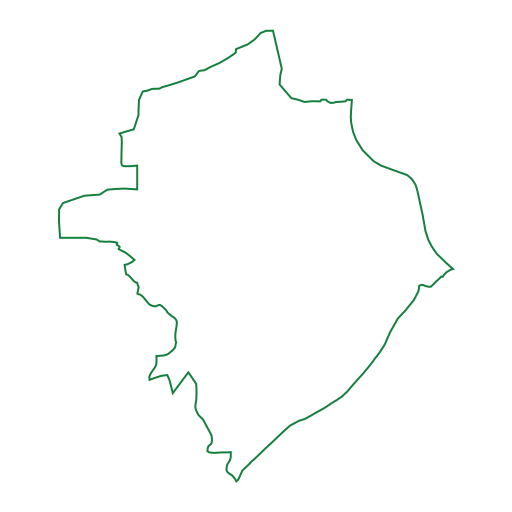 the district of Ibadan North, Oyo, Nigeria
{"feature_id": "59680162B6783963116345", "entity_name": "Ibadan North", "entity_type": "district", "adm_level": 2, "iso_a3": "NGA", "parent_name": "Nigeria", "parent_adm1": "Oyo", "projection": "albers", "projection_center": [3.902, 7.422], "detail": "fine", "context": "isolated", "style": "outline", "palette": "green", "viewbox_px": 512, "rotation_deg": 0, "n_neighbors": 0, "source": "geoboundaries", "source_scale": "gbopen_adm2", "svg_char_len": 4359}
<svg xmlns="http://www.w3.org/2000/svg" viewBox="0 0 512 512"><path d="M434.2,250.1L431.8,246.5L428.4,240.0L425.5,231.2L422.5,214.2L417.2,190.0L415.6,184.9L411.9,179.1L407.3,175.1L394.4,170.5L380.8,165.5L373.4,161.0L362.6,150.2L356.1,139.7L353.0,131.6L351.2,122.8L350.8,117.4L351.0,112.2L351.9,100.0L347.0,99.7L345.6,101.3L343.4,101.5L340.1,101.8L336.0,102.0L333.2,102.9L330.4,102.9L327.5,101.3L326.0,99.7L321.5,99.7L320.1,101.4L317.2,101.3L311.8,101.2L304.6,102.0L298.3,99.8L291.3,98.1L279.6,84.5L280.3,75.0L281.8,68.8L273.0,30.7L266.2,30.8L260.6,33.0L254.7,39.4L247.7,44.4L236.1,49.1L235.6,52.8L227.6,58.3L219.0,63.2L210.4,67.0L204.3,70.3L200.3,70.7L198.7,71.3L194.8,76.4L178.1,82.4L167.8,85.6L161.8,87.3L159.6,88.6L152.1,88.9L146.8,90.8L142.7,91.5L139.0,99.9L138.5,110.6L138.5,115.1L133.8,129.3L119.5,133.5L121.6,137.1L121.8,141.9L121.6,150.0L121.3,162.7L121.7,164.4L122.2,165.5L123.8,166.2L130.2,166.2L137.1,165.6L137.2,168.2L137.2,173.4L137.2,180.2L137.2,185.9L137.2,189.4L132.6,189.1L124.9,188.6L116.5,188.9L107.2,189.7L99.7,194.6L84.4,195.7L63.0,203.0L59.1,209.4L59.0,221.5L60.1,237.8L86.5,237.8L96.6,239.5L98.8,240.8L99.9,241.5L102.4,241.5L106.0,241.8L109.0,241.6L112.9,241.9L114.7,242.1L117.2,242.9L117.1,243.7L116.7,244.7L119.5,246.5L119.6,247.1L118.7,249.2L123.4,251.5L125.2,252.4L129.1,255.3L130.4,256.4L134.5,259.9L132.4,261.7L131.5,262.2L127.9,264.1L124.6,264.9L124.8,266.4L125.3,269.7L126.2,274.4L128.0,274.9L130.7,277.5L132.3,279.4L134.7,281.8L136.1,282.5L137.1,282.7L138.7,287.7L137.9,290.6L137.4,293.7L140.5,294.8L143.1,296.9L145.1,299.4L147.4,302.1L149.6,304.6L153.0,306.1L155.9,306.3L158.9,304.9L160.3,305.1L161.8,306.0L163.6,307.6L166.2,310.3L167.7,312.7L169.5,314.3L171.8,316.1L174.4,317.8L176.0,319.6L176.9,321.9L176.4,327.2L175.4,333.4L175.3,337.7L175.6,340.8L176.2,342.3L175.9,343.1L175.6,344.3L175.5,345.8L175.0,347.5L174.3,348.4L173.1,349.8L171.5,351.2L169.0,353.3L167.2,354.5L166.8,354.6L164.2,355.4L162.4,355.6L162.0,355.6L160.1,355.7L157.7,356.0L156.5,355.9L156.5,361.5L156.3,363.9L156.2,364.8L154.4,368.3L153.0,370.0L151.1,372.9L150.0,374.9L149.4,376.7L149.3,378.0L149.5,378.9L149.6,379.9L150.9,379.3L152.5,378.7L161.3,375.8L167.3,375.1L169.6,380.4L172.8,393.1L188.3,372.4L190.2,374.9L193.5,379.9L195.1,382.3L196.2,383.9L196.2,385.0L196.5,388.9L196.5,393.6L196.4,396.3L196.4,397.6L196.3,398.2L196.3,399.3L196.1,401.0L195.7,403.4L195.4,405.3L195.4,407.3L195.7,408.8L196.0,410.2L196.9,411.9L197.6,413.4L198.3,414.8L200.0,416.6L202.1,418.5L203.0,419.3L203.8,421.0L205.4,423.9L207.5,427.9L208.1,428.9L208.5,429.7L209.0,430.6L210.1,432.7L211.0,434.4L211.4,435.4L211.7,436.5L211.9,438.3L211.9,440.8L211.8,441.6L211.6,442.6L211.3,443.4L210.8,444.2L209.6,445.2L208.6,446.0L208.2,446.8L207.8,447.8L207.6,449.2L207.4,451.2L208.1,451.6L209.2,452.4L214.2,452.9L221.9,452.4L226.6,452.4L230.8,452.2L230.7,457.7L229.8,460.6L228.0,463.3L227.4,464.3L226.7,467.0L226.5,470.1L226.9,471.1L227.5,472.1L229.6,473.9L231.8,475.1L233.9,477.5L235.0,478.8L235.4,479.7L236.0,480.4L236.3,481.3L237.6,480.3L238.4,479.2L239.1,477.9L240.1,475.6L242.4,470.5L250.3,463.0L250.2,462.8L251.3,461.7L253.0,460.3L253.9,459.5L255.0,458.5L255.9,457.6L256.8,456.8L264.7,449.1L265.6,448.2L266.3,447.7L266.8,447.2L272.2,442.2L279.4,435.3L284.6,430.4L290.1,425.6L291.1,425.0L294.7,423.1L298.6,421.0L301.1,420.1L304.8,419.0L310.8,415.7L315.7,412.8L323.0,408.8L326.6,406.6L331.4,403.3L335.3,400.9L335.8,400.6L336.9,400.1L337.3,399.7L338.8,398.6L341.5,396.9L347.2,391.6L353.3,384.4L363.5,373.1L369.2,366.2L373.4,360.8L374.6,358.9L375.1,358.3L376.8,356.3L380.2,351.6L381.6,349.4L384.2,345.4L385.4,343.1L387.2,338.8L388.1,336.7L389.0,334.8L390.1,332.2L391.6,329.6L393.2,326.8L393.5,326.2L395.4,322.9L396.5,320.8L397.5,319.0L398.6,317.7L400.3,315.9L401.9,314.2L403.3,312.7L405.6,310.3L408.0,307.2L409.7,305.1L410.7,304.0L412.1,302.3L413.6,300.3L415.1,297.7L416.4,295.2L418.1,291.9L418.5,290.9L418.7,289.7L419.0,287.9L419.1,286.6L419.2,285.8L420.2,285.2L421.5,284.9L422.5,285.0L423.1,285.0L423.9,285.4L424.8,285.8L426.6,286.3L428.3,286.7L429.9,286.8L430.8,286.7L432.9,284.8L436.0,281.6L438.1,279.7L439.8,278.1L440.5,277.3L440.9,276.9L441.2,276.6L441.4,276.6L442.0,276.8L442.6,276.8L443.1,276.2L443.4,275.5L444.4,274.4L446.5,272.2L448.5,271.0L451.1,269.5L451.9,269.4L453.0,269.1L446.1,262.8L441.3,258.2L436.9,253.9L434.2,250.1Z" fill="none" stroke="#15803d" stroke-width="2"/></svg>